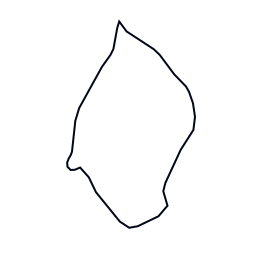 the border of Biliran, rotated 50°
{"feature_id": "PHL-2581", "entity_name": "Biliran", "entity_type": "Province", "adm_level": 1, "iso_a3": "PHL", "parent_name": "Philippines", "parent_adm1": "", "projection": "albers", "projection_center": [124.492, 11.584], "detail": "fine", "context": "isolated", "style": "outline", "palette": "ink", "viewbox_px": 256, "rotation_deg": 50, "n_neighbors": 0, "source": "natural_earth", "source_scale": "10m", "svg_char_len": 562}
<svg xmlns="http://www.w3.org/2000/svg" viewBox="0 0 256 256"><g transform="rotate(50 128 128)"><path d="M199.1,141.6L212.9,147.7L215.2,161.4L209.5,183.7L205.2,191.2L194.6,194.4L156.6,193.8L140.6,189.7L127.5,190.1L125.8,195.6L123.3,198.9L118.9,199.3L115.4,196.9L113.2,192.9L111.8,188.9L110.1,186.1L88.6,163.7L81.3,152.5L64.4,108.6L60.7,94.3L58.1,88.4L44.5,72.0L40.8,66.3L53.2,67.0L84.3,57.6L92.5,56.7L116.6,58.1L133.5,56.9L139.5,58.0L150.8,62.3L162.5,69.5L171.5,79.1L178.6,101.7L194.1,134.7L199.1,141.6Z" fill="none" stroke="#020617" stroke-width="2"/></g></svg>